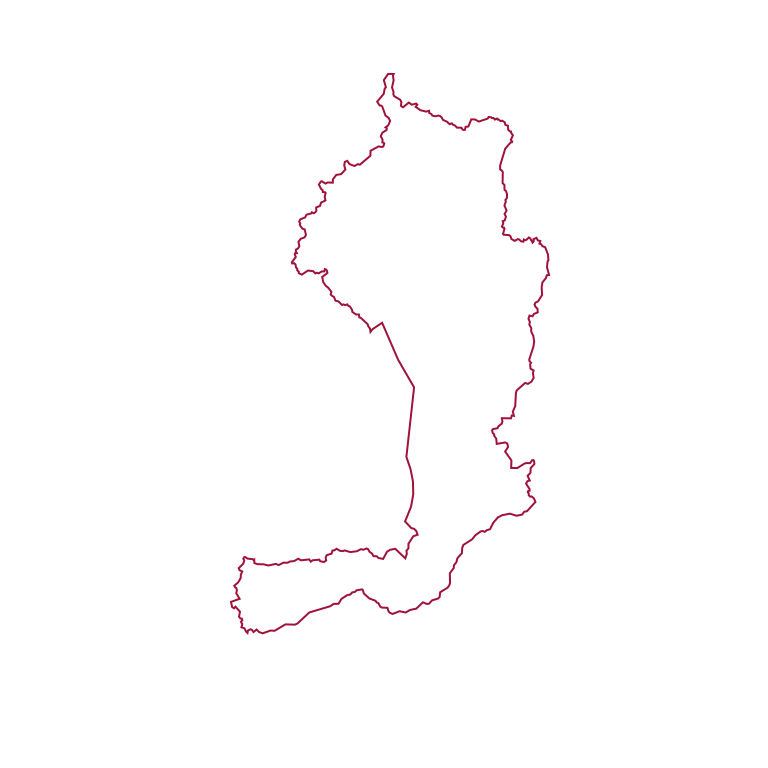 an SVG outline of Buryat, rotated 309°
{"feature_id": "RUS-2606", "entity_name": "Buryat", "entity_type": "Republic", "adm_level": 1, "iso_a3": "RUS", "parent_name": "Russia", "parent_adm1": "", "projection": "albers", "projection_center": [108.984, 53.605], "detail": "fine", "context": "isolated", "style": "outline", "palette": "rose", "viewbox_px": 768, "rotation_deg": 309, "n_neighbors": 0, "source": "natural_earth", "source_scale": "10m", "svg_char_len": 6166}
<svg xmlns="http://www.w3.org/2000/svg" viewBox="0 0 768 768"><g transform="rotate(309 384 384)"><path d="M143.5,467.5L140.9,466.2L135.2,458.7L123.4,454.3L120.9,450.9L113.9,446.6L112.6,443.0L113.0,439.5L109.1,438.7L109.8,436.1L109.4,434.7L106.9,433.4L104.6,434.6L104.8,432.5L106.3,429.3L105.2,426.3L108.2,425.0L109.1,422.5L111.4,422.5L112.2,421.2L111.4,419.9L111.9,417.8L116.4,415.4L117.5,408.7L115.3,408.6L115.1,406.3L118.4,402.2L126.2,407.0L128.4,400.9L131.4,399.3L132.5,397.4L132.3,396.1L133.0,394.6L138.0,395.5L142.9,394.8L145.8,392.7L149.1,391.8L148.4,388.8L149.5,387.0L155.9,387.7L158.9,386.4L159.8,384.5L161.5,384.4L162.2,385.0L162.4,387.8L165.3,392.3L165.0,394.0L165.5,394.0L163.3,395.9L164.3,399.0L168.1,403.9L170.2,408.4L176.1,413.1L177.0,416.1L181.9,418.3L184.4,421.5L187.0,422.7L189.8,425.6L194.3,427.3L194.7,430.4L200.6,436.3L199.9,438.9L202.0,439.4L206.8,444.3L206.1,445.9L207.9,449.4L210.5,450.1L212.2,448.0L214.9,447.2L219.2,450.0L222.2,448.7L223.4,450.1L226.1,450.8L226.7,454.9L228.3,457.3L229.8,458.0L232.2,463.6L237.0,468.2L241.0,469.9L242.2,472.2L245.3,474.1L245.6,475.6L244.5,478.4L244.7,481.5L243.6,484.2L245.6,486.8L245.3,489.2L247.5,493.4L255.7,491.9L259.2,493.2L263.0,496.5L261.9,510.3L266.4,508.6L268.5,506.4L271.7,506.4L275.3,503.5L284.2,502.6L288.0,505.0L290.1,501.5L290.4,498.4L289.2,496.1L290.4,486.9L305.8,482.2L316.9,476.0L326.5,467.8L334.5,458.3L341.4,447.3L400.3,409.5L411.7,379.8L430.4,344.0L419.4,340.6L416.0,340.7L418.2,338.3L418.9,335.6L420.2,333.6L420.8,324.2L420.2,322.9L422.2,320.8L420.4,318.4L420.1,314.0L421.6,312.4L422.8,308.5L422.3,307.2L422.7,305.2L421.1,304.5L420.2,302.2L419.0,301.7L419.5,296.6L418.2,293.8L420.2,290.4L419.8,287.7L420.1,286.1L422.5,285.2L423.7,280.2L423.7,276.9L424.9,272.7L428.3,268.6L434.6,270.2L436.2,268.3L436.5,266.8L436.1,265.7L434.0,266.8L432.2,264.7L428.9,263.7L428.3,261.8L426.7,261.0L427.1,257.9L424.3,253.5L417.3,251.3L416.5,248.0L417.7,247.0L417.7,245.1L419.0,244.0L419.2,242.3L421.2,240.0L421.3,238.2L419.9,236.8L420.6,235.8L427.2,235.5L428.5,233.1L429.6,232.6L430.8,233.9L431.9,231.7L433.2,231.0L435.1,231.9L437.9,231.4L440.7,228.0L444.4,227.9L448.0,230.0L450.8,229.5L454.2,225.0L453.4,222.9L454.1,219.8L454.9,218.2L456.0,217.9L456.9,215.8L459.5,215.4L463.8,217.9L466.8,217.2L470.6,220.0L472.1,219.9L472.3,221.8L474.2,222.6L476.0,222.4L478.5,220.2L482.2,222.2L485.4,220.9L489.8,223.0L492.3,220.0L495.8,218.4L495.9,217.5L494.7,215.6L496.1,214.2L496.0,212.4L498.0,207.9L501.5,207.5L502.4,208.1L502.9,212.4L505.2,213.4L508.2,217.5L511.0,215.5L516.4,215.3L520.1,218.6L526.4,219.0L528.9,215.5L531.9,213.8L534.3,215.0L533.2,218.8L534.8,223.8L538.5,225.4L539.2,227.2L552.8,229.8L556.7,226.8L565.1,230.2L566.9,233.2L568.1,234.0L571.0,232.9L571.3,231.9L570.7,230.7L573.0,229.1L574.5,225.5L578.5,224.6L582.9,226.2L584.6,225.1L584.4,223.7L587.7,224.5L592.3,223.2L593.7,220.1L593.6,216.2L598.6,207.9L598.5,206.3L597.7,205.3L599.1,201.0L609.3,201.2L613.9,198.7L615.8,198.7L620.1,192.6L627.6,192.1L631.0,196.4L629.2,197.0L626.0,200.4L619.5,203.6L617.2,207.3L614.9,209.1L614.1,210.8L615.1,217.8L613.9,220.2L610.8,222.1L611.0,224.6L618.4,226.2L618.5,229.8L622.2,232.5L622.0,234.1L619.3,234.2L619.7,240.0L622.2,245.3L624.7,247.1L623.1,248.6L623.6,251.0L623.0,252.6L624.3,255.4L626.8,257.3L627.5,258.8L627.5,261.0L626.4,263.6L627.5,268.0L627.2,271.4L629.3,272.7L628.9,274.5L629.5,276.3L629.2,279.5L631.9,282.8L631.1,284.9L631.6,286.0L632.4,286.9L635.2,285.6L637.2,287.5L644.6,285.3L646.9,288.3L647.6,292.5L655.4,297.5L657.4,297.3L658.7,299.5L658.6,300.5L659.6,301.7L659.3,303.8L660.8,304.2L661.0,305.6L661.6,305.5L661.7,309.2L663.0,310.1L663.4,313.1L661.8,315.1L662.7,317.8L659.7,320.5L659.6,323.1L660.1,323.8L659.0,325.2L658.4,327.7L653.5,328.9L653.1,331.1L652.4,331.3L651.3,330.4L643.2,330.1L627.0,336.7L623.8,339.3L624.1,341.0L623.5,342.9L614.7,349.8L614.5,352.3L610.7,355.5L610.7,357.5L608.9,360.2L606.1,362.4L603.3,362.6L602.4,363.9L598.6,365.2L595.8,370.2L592.1,370.6L590.7,373.5L587.0,374.9L585.3,373.8L583.8,375.7L580.5,376.6L580.4,378.1L581.0,378.8L580.7,379.8L575.5,382.1L575.3,383.0L578.4,387.5L578.4,389.3L576.9,391.8L577.5,395.5L580.8,396.8L581.4,398.3L581.1,400.7L582.3,402.7L584.3,401.8L584.4,403.1L585.9,404.0L589.1,404.4L589.2,405.9L587.4,410.5L589.3,410.5L590.5,409.0L593.5,410.5L592.4,413.2L593.5,415.5L590.9,416.5L591.5,418.4L590.8,420.4L591.7,423.2L588.0,429.7L583.7,433.9L582.0,434.1L577.3,437.2L572.6,443.7L571.0,442.1L568.0,443.2L562.7,443.2L558.6,445.5L552.6,450.9L545.1,451.7L542.6,450.5L540.5,451.0L539.3,453.2L539.1,455.9L536.4,458.4L532.7,456.4L530.1,456.8L528.7,454.0L525.7,455.2L524.0,458.3L521.6,459.6L520.1,463.3L517.5,465.3L515.4,469.7L511.5,474.0L507.1,476.6L494.6,481.4L493.4,482.5L493.0,484.9L491.3,485.2L488.1,488.2L488.7,491.7L486.3,492.8L482.9,496.5L478.7,497.1L474.7,495.8L473.6,493.0L462.7,491.2L460.4,491.9L449.4,499.9L443.6,501.5L441.0,505.0L439.9,503.1L437.2,504.3L431.6,497.1L429.3,499.7L427.4,500.5L422.8,499.5L421.1,500.1L417.6,497.1L416.1,497.1L414.4,499.2L414.2,501.3L413.1,502.3L412.1,505.7L408.4,509.3L414.9,515.0L415.3,517.4L413.0,520.1L407.7,520.7L404.8,531.1L398.8,535.6L402.5,540.5L410.2,543.1L412.0,544.2L414.4,547.3L418.1,547.1L418.9,548.0L418.6,549.1L416.5,551.2L410.9,550.9L407.2,553.7L403.0,553.4L400.7,558.0L398.7,556.6L396.0,557.1L393.9,563.3L392.7,564.3L391.6,563.4L390.4,563.8L390.1,565.3L388.7,566.4L388.4,568.5L389.6,569.6L389.4,572.5L387.7,575.9L375.1,575.2L373.1,573.4L369.4,573.5L365.0,569.9L362.5,563.5L356.5,558.5L352.2,556.5L345.1,556.2L337.9,557.8L335.1,555.9L332.5,555.4L332.0,553.5L330.3,551.9L323.7,550.1L319.1,550.3L309.0,547.0L306.1,547.8L301.5,551.0L294.8,550.7L291.0,552.4L287.1,552.4L285.0,554.0L278.3,554.3L271.0,560.5L268.4,561.5L265.7,561.6L257.5,558.7L253.4,561.3L251.2,561.0L246.1,557.5L241.8,557.3L240.1,555.9L238.8,551.6L229.8,550.5L224.7,546.4L220.1,544.7L217.2,539.1L210.6,535.3L209.9,532.3L210.1,530.8L212.2,527.5L208.9,523.0L208.6,521.4L210.2,517.3L209.6,515.9L210.2,513.8L208.1,507.5L208.5,500.2L210.7,496.9L210.5,496.1L206.5,492.6L204.1,492.2L201.9,490.4L199.3,490.3L196.4,488.1L190.2,486.2L184.5,486.9L181.4,483.2L177.5,482.1L159.4,469.7L143.5,467.5Z" fill="none" stroke="#9f1239" stroke-width="2"/></g></svg>